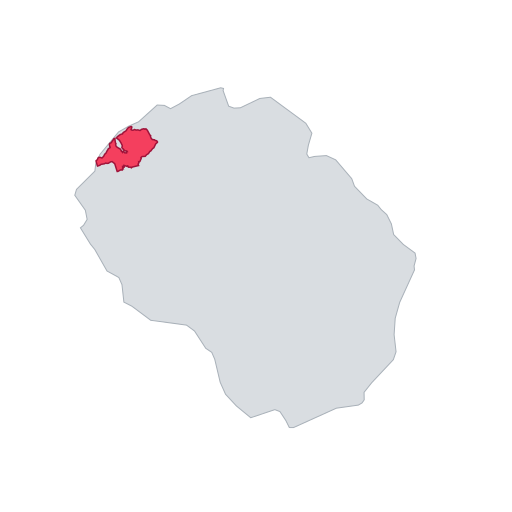 location of Struga, Struga, North Macedonia, rotated 62°
{"feature_id": "65306769B59831193355348", "entity_name": "Struga", "entity_type": "district", "adm_level": 2, "iso_a3": "MKD", "parent_name": "North Macedonia", "parent_adm1": "Struga", "projection": "mercator", "projection_center": [20.597, 41.258], "detail": "fine", "context": "in_parent", "style": "filled", "palette": "rose", "viewbox_px": 512, "rotation_deg": 62, "n_neighbors": 0, "source": "geoboundaries", "source_scale": "gbopen_adm2", "svg_char_len": 3452}
<svg xmlns="http://www.w3.org/2000/svg" viewBox="0 0 512 512"><g transform="rotate(62 256 256)"><path d="M232.9,135.2L240.7,136.3L257.7,131.4L268.3,124.7L273.7,123.7L280.9,121.1L291.2,121.4L301.7,124.4L315.0,120.5L328.1,114.2L333.3,115.8L339.0,121.1L342.7,122.6L364.4,150.9L376.3,162.3L390.3,171.0L406.3,177.3L412.0,183.4L422.2,213.3L427.1,224.6L433.8,228.0L435.5,231.3L435.7,235.6L428.1,256.5L425.1,303.4L423.1,307.1L415.2,306.9L404.6,307.9L400.5,311.5L396.3,336.6L379.2,343.7L363.8,347.8L350.7,346.9L327.8,340.9L320.3,340.3L313.9,343.7L293.4,345.5L284.4,349.8L263.4,379.1L242.0,389.2L234.7,394.3L218.4,387.8L210.6,387.2L199.3,394.6L174.5,395.3L167.8,396.6L148.7,397.8L147.9,393.8L144.4,387.9L135.5,385.2L117.3,387.5L112.9,383.2L105.4,358.4L99.6,354.4L93.0,346.0L81.9,319.0L81.6,307.1L82.4,296.7L76.3,272.4L80.0,266.2L85.8,262.3L85.8,252.5L84.2,237.5L90.9,208.2L92.8,206.0L94.5,207.4L110.9,209.8L115.1,206.0L117.8,200.2L118.7,178.7L122.6,168.7L162.2,149.7L173.8,149.0L182.7,157.7L189.8,163.3L194.1,163.1L195.6,157.5L200.4,146.7L208.5,140.5L232.6,135.2L232.9,135.2Z" fill="#d9dde1" stroke="#a8b0b8" stroke-width="1"/><path d="M85.9,325.5L85.8,325.8L85.7,326.4L86.3,327.4L86.8,328.5L87.4,329.6L87.8,330.2L87.9,330.3L88.0,330.8L88.0,331.2L87.9,331.6L87.9,332.1L88.2,332.7L89.0,333.2L90.2,333.6L91.3,333.9L91.4,333.7L91.7,333.8L91.8,333.9L91.9,334.3L91.9,334.9L91.9,335.2L92.1,336.3L92.6,336.9L93.0,337.6L93.3,338.2L94.1,339.3L94.7,340.1L95.0,341.5L95.7,342.7L96.2,343.2L96.2,343.3L96.6,344.2L96.9,345.1L97.1,345.7L97.1,346.0L96.8,346.4L95.9,347.1L95.1,348.5L95.1,348.8L95.3,349.5L96.0,350.3L96.2,350.5L96.5,351.0L96.6,351.5L96.7,352.0L96.8,352.4L96.9,352.6L98.8,353.1L99.4,353.2L100.4,353.4L101.3,353.6L101.9,353.7L102.2,353.7L102.6,351.2L102.3,349.9L103.4,346.6L103.4,345.1L104.3,344.1L104.8,342.8L104.6,340.2L105.1,338.7L108.2,337.4L116.2,338.9L116.5,338.3L116.4,335.3L117.3,333.6L116.1,332.8L115.9,332.5L116.2,332.3L115.0,332.1L115.5,331.2L114.5,331.3L114.9,330.5L114.5,330.4L114.7,330.1L114.1,329.9L116.2,327.9L116.1,327.5L116.5,327.5L116.5,326.9L117.8,326.8L118.9,324.7L119.6,324.7L119.4,323.4L121.0,317.2L119.5,317.0L118.9,315.9L117.8,315.4L118.2,315.1L118.0,314.1L115.9,311.5L115.1,311.4L114.7,309.9L116.0,307.0L115.2,305.1L115.1,302.9L113.8,300.6L113.9,299.7L112.6,296.8L112.5,295.4L109.9,291.9L109.4,289.7L109.0,289.4L107.6,289.6L106.6,290.8L105.7,291.1L104.5,292.9L102.6,293.3L101.0,293.1L100.3,292.5L99.2,292.9L94.2,292.9L93.9,292.9L92.0,293.5L92.0,294.0L91.9,294.6L91.7,294.8L91.2,295.0L90.9,295.6L90.8,295.8L90.7,296.6L90.5,297.3L90.4,297.7L90.7,298.9L90.8,299.2L90.8,299.3L90.7,299.5L90.3,300.0L89.7,300.5L89.4,300.9L89.0,301.5L88.8,301.8L88.7,302.5L88.2,303.1L87.3,303.8L87.3,304.8L87.2,305.5L87.1,305.8L86.4,306.6L86.2,306.8L85.7,307.0L85.2,306.4L84.7,305.8L84.3,305.4L83.8,305.1L83.4,305.1L83.2,305.2L83.0,305.7L82.8,307.2L82.7,307.8L82.7,308.4L83.3,309.9L83.4,310.2L83.8,310.9L84.3,311.5L84.5,312.6L84.6,314.1L84.6,314.8L84.7,315.3L85.0,315.9L85.4,316.3L85.5,317.0L85.2,317.6L85.1,319.0L85.2,320.2L85.4,321.1L85.5,322.1L85.5,322.3L85.6,322.5L85.9,323.0L86.3,323.7L86.3,323.8L89.6,322.3L92.9,322.1L95.5,322.2L96.3,322.5L97.0,323.4L98.6,323.5L99.2,322.9L99.7,323.0L101.7,322.2L102.6,320.8L103.4,320.7L103.2,321.4L104.2,321.9L103.3,323.5L101.2,324.1L101.8,325.2L101.2,325.2L100.4,325.7L100.1,325.4L97.2,325.8L96.8,326.4L93.8,328.0L92.0,327.8L91.1,326.9L90.2,327.0L85.9,325.5Z" fill="#f43f5e" stroke="#9f1239" stroke-width="1.5"/></g></svg>